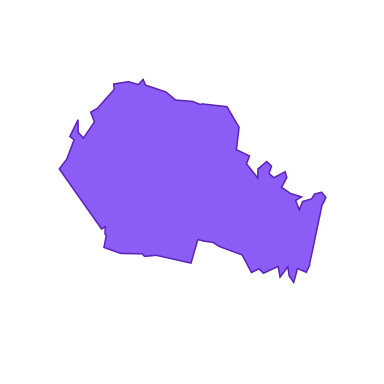 Knox, Tennessee, United States of America, rotated 233°
{"feature_id": "52423323B15791543684025", "entity_name": "Knox", "entity_type": "district", "adm_level": 2, "iso_a3": "USA", "parent_name": "United States of America", "parent_adm1": "Tennessee", "projection": "mercator", "projection_center": [-83.983, 35.991], "detail": "fine", "context": "isolated", "style": "filled", "palette": "violet", "viewbox_px": 384, "rotation_deg": 233, "n_neighbors": 0, "source": "geoboundaries", "source_scale": "gbopen_adm2", "svg_char_len": 1073}
<svg xmlns="http://www.w3.org/2000/svg" viewBox="0 0 384 384"><g transform="rotate(233 192 192)"><path d="M200.7,88.3L185.8,98.1L172.5,115.1L169.1,115.4L162.9,125.4L135.8,148.4L150.5,168.0L145.6,171.9L139.2,178.4L132.1,181.0L111.5,194.2L91.9,191.0L90.3,199.3L84.1,200.1L80.7,216.0L71.0,211.1L74.5,223.5L66.5,219.1L58.6,218.8L67.4,230.2L59.1,234.9L62.7,241.9L64.6,243.5L72.4,252.6L91.8,274.8L103.5,288.2L104.3,290.5L107.2,295.7L113.8,295.4L116.6,288.5L114.5,283.4L117.9,274.6L113.2,266.9L122.9,269.7L122.2,276.5L131.4,269.9L141.8,266.3L146.5,276.4L152.1,278.6L154.2,266.0L160.4,264.7L164.8,271.1L171.4,270.0L170.8,258.6L163.5,252.9L181.7,252.5L186.2,259.6L199.0,252.9L215.3,268.5L239.1,271.3L256.2,253.2L257.0,251.2L263.9,247.1L275.4,234.2L287.8,231.3L305.3,219.2L311.4,220.7L310.1,213.8L318.4,207.6L325.4,194.5L320.7,191.7L315.8,166.8L316.7,159.1L306.7,156.3L300.4,137.8L308.1,137.0L318.3,144.5L309.9,127.9L304.6,129.2L293.6,111.7L290.3,99.9L267.0,99.1L216.9,97.5L216.3,101.8L211.0,97.3L208.8,97.3L200.7,88.3Z" fill="#8b5cf6" stroke="#5b21b6" stroke-width="1.5"/></g></svg>